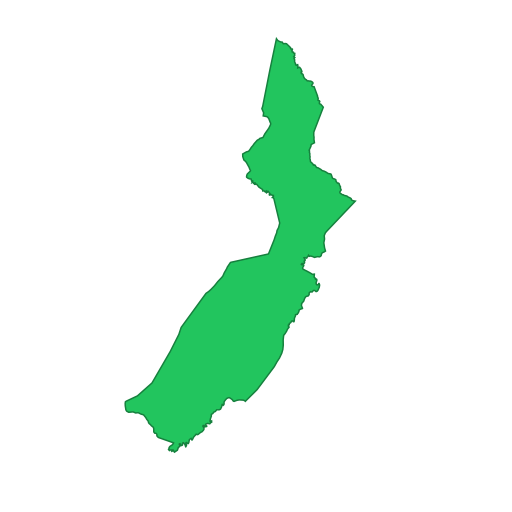 El Negrito, Yoro, Honduras, rotated 19°
{"feature_id": "27666195B11241379941292", "entity_name": "El Negrito", "entity_type": "district", "adm_level": 2, "iso_a3": "HND", "parent_name": "Honduras", "parent_adm1": "Yoro", "projection": "robinson", "projection_center": [-87.687, 15.452], "detail": "fine", "context": "isolated", "style": "filled", "palette": "green", "viewbox_px": 512, "rotation_deg": 19, "n_neighbors": 0, "source": "geoboundaries", "source_scale": "gbopen_adm2", "svg_char_len": 6081}
<svg xmlns="http://www.w3.org/2000/svg" viewBox="0 0 512 512"><g transform="rotate(19 256 256)"><path d="M204.6,43.9L208.6,75.9L213.6,112.2L213.6,114.8L216.6,118.1L217.2,121.2L220.9,120.7L222.0,121.0L223.5,122.1L225.9,125.0L226.6,125.6L227.0,126.9L226.5,131.0L224.6,137.6L224.0,141.7L221.4,143.5L221.1,144.0L220.9,144.7L220.5,145.0L219.5,146.1L217.7,150.4L217.1,152.7L216.2,154.8L215.6,157.4L214.9,159.4L213.0,160.7L210.2,163.9L211.1,166.3L213.0,168.8L213.5,169.3L215.0,169.8L216.5,170.7L220.9,174.7L221.5,175.6L223.0,177.0L223.0,177.5L221.1,181.3L221.0,182.7L221.3,184.3L221.6,184.6L223.1,185.1L224.7,185.2L226.3,184.8L227.4,186.5L228.2,186.0L228.5,186.1L228.4,187.8L229.0,187.2L230.1,188.1L230.6,188.1L230.8,187.9L230.6,187.6L230.7,187.4L231.5,187.2L231.7,187.4L231.1,188.3L231.3,188.7L233.4,188.0L236.3,189.9L240.5,191.0L241.2,192.3L242.6,191.8L243.4,192.3L244.8,192.5L244.3,191.6L244.5,191.1L245.2,191.5L245.5,192.6L246.1,191.9L245.9,191.1L246.2,190.8L248.3,192.0L248.5,193.4L248.9,194.0L249.3,193.9L249.1,192.9L249.2,192.7L251.1,193.3L252.6,193.1L252.5,193.7L253.1,194.1L252.5,195.4L253.5,195.3L254.2,195.9L267.7,217.1L268.1,221.8L267.6,225.0L268.0,227.4L267.8,231.0L267.9,234.7L267.2,248.8L267.0,250.1L234.2,270.2L233.9,270.6L232.5,275.8L232.4,277.5L231.5,282.1L231.2,285.7L230.6,287.4L228.2,292.7L226.4,297.8L224.3,302.3L222.8,305.0L220.9,307.6L208.5,347.9L208.6,355.2L206.0,374.3L199.0,409.9L189.4,426.9L180.8,435.3L180.0,436.3L180.3,438.0L181.2,440.3L183.0,443.7L183.8,444.5L184.5,444.9L186.5,445.2L190.6,443.4L193.2,443.6L195.7,442.5L198.5,442.9L201.4,442.8L204.3,444.6L206.0,446.1L207.6,447.0L208.8,448.7L209.9,449.4L211.0,449.7L212.2,450.5L214.7,451.4L215.6,452.7L216.6,455.6L217.9,456.5L219.1,456.2L219.7,456.4L220.6,457.3L220.8,458.3L222.3,459.2L223.2,459.4L238.9,459.5L238.9,460.1L238.3,461.9L236.7,463.9L236.2,465.3L236.5,466.3L236.2,467.3L237.3,468.1L237.7,468.1L237.7,467.8L237.9,467.4L239.7,466.8L240.0,468.0L240.5,467.6L240.4,466.6L240.7,466.4L241.3,466.7L242.2,467.7L242.8,468.0L244.9,465.2L244.9,462.3L245.9,460.9L245.9,460.6L245.5,459.8L244.7,458.9L244.7,458.6L245.3,458.2L247.0,459.6L247.4,459.4L247.9,458.9L248.0,458.4L247.5,456.9L247.8,456.3L248.2,456.1L250.2,457.4L251.4,459.0L251.7,459.2L251.9,458.3L251.9,457.5L250.7,455.9L250.6,455.2L251.1,454.9L252.6,455.6L253.0,455.4L253.2,454.4L252.8,451.3L254.0,449.6L255.2,450.8L255.6,450.6L256.0,447.4L257.0,445.1L257.3,444.1L257.6,443.9L258.5,444.1L259.3,443.6L261.0,440.9L262.2,439.7L263.0,437.8L263.2,436.9L262.9,435.9L262.7,435.4L261.3,434.4L261.2,433.5L261.9,433.2L263.4,434.1L264.8,433.3L264.9,433.0L264.8,432.8L263.3,432.2L263.2,431.7L263.4,431.1L264.8,430.0L266.9,429.7L267.4,428.4L268.2,427.5L267.7,426.4L266.8,427.4L266.5,427.4L266.2,427.0L265.9,424.8L265.9,421.8L265.4,420.7L265.4,420.2L266.4,419.1L266.9,417.4L268.2,416.2L268.9,414.2L271.3,413.4L272.3,412.3L272.6,409.8L272.3,407.4L272.8,407.2L273.6,407.8L273.9,407.3L274.0,406.4L273.4,404.7L273.4,403.8L274.0,401.9L274.8,400.1L276.2,398.9L277.1,398.6L280.3,399.5L281.8,400.6L282.6,400.6L284.9,398.7L287.0,397.5L291.0,396.4L292.4,396.5L293.2,396.9L300.5,382.1L309.3,354.7L310.3,349.1L311.4,344.9L312.0,339.4L311.8,335.7L310.8,331.4L309.0,326.5L308.0,322.0L308.7,320.1L309.4,317.2L309.6,314.9L310.4,312.6L309.6,312.1L309.5,311.8L309.7,311.6L309.2,311.2L309.1,310.6L309.8,310.1L309.5,309.0L310.4,307.9L311.1,305.7L312.0,305.4L312.7,306.0L313.3,305.7L313.2,304.5L312.6,302.3L312.8,299.8L312.5,298.6L314.0,297.7L314.0,297.2L314.5,296.0L314.6,294.4L314.4,292.9L315.7,291.5L316.7,290.9L317.0,290.3L315.1,288.1L314.8,286.5L314.6,286.2L315.8,283.2L315.8,280.4L316.2,278.5L316.8,277.8L318.4,276.7L318.8,275.2L318.3,273.6L319.1,272.1L320.7,271.8L321.5,270.0L322.1,269.6L322.8,269.5L324.4,270.1L325.2,269.5L325.7,268.4L326.0,265.0L325.6,262.7L324.6,261.5L324.3,261.6L324.1,262.8L323.7,263.2L322.8,263.4L322.1,262.9L321.5,261.8L321.5,259.4L321.1,258.4L320.7,258.1L319.9,258.7L319.1,257.6L317.8,257.0L317.1,254.1L316.8,254.1L316.1,254.8L315.2,254.9L312.4,254.3L305.2,253.2L304.3,252.8L303.9,251.8L304.3,249.8L304.2,249.2L303.6,249.0L301.9,249.4L301.5,249.1L301.9,248.1L303.8,247.5L304.1,246.8L304.0,246.2L303.2,245.2L303.8,244.4L303.8,243.7L302.0,242.0L302.5,241.7L304.6,241.5L304.8,240.3L305.4,239.3L305.4,238.2L306.6,238.9L307.8,238.2L310.2,238.1L311.7,238.3L314.3,236.6L316.4,236.1L317.1,235.3L317.5,234.4L317.3,232.5L317.4,231.9L317.9,231.1L319.4,229.7L320.1,228.7L318.2,226.0L315.8,221.4L315.3,217.7L313.9,214.6L314.0,211.8L314.6,210.0L332.0,171.8L330.0,172.1L328.5,172.0L328.0,171.8L327.3,170.8L326.5,170.5L323.8,170.2L322.4,169.7L319.6,170.0L318.8,169.7L317.6,169.9L315.0,169.1L314.6,168.7L314.4,168.1L315.0,165.8L313.7,164.4L313.3,163.0L312.0,161.9L311.1,160.6L310.3,160.2L309.6,160.6L309.2,160.5L307.3,159.3L306.8,158.1L306.4,157.8L305.0,157.6L303.9,157.7L302.9,157.4L300.8,154.7L300.1,154.1L296.9,154.5L295.7,154.0L293.0,153.6L290.7,153.7L289.0,153.0L285.8,152.4L284.4,152.6L282.3,150.9L281.7,150.9L281.5,151.2L281.1,151.0L280.8,151.2L280.7,150.8L279.6,150.5L278.6,149.8L276.8,149.1L276.0,147.4L275.0,146.0L274.9,144.7L274.2,143.6L273.5,141.5L272.7,140.5L272.4,139.2L271.8,138.7L272.2,134.5L271.9,132.6L274.4,129.9L272.8,126.8L272.2,124.8L271.3,123.1L270.3,120.0L271.2,93.4L267.8,91.4L266.6,91.4L266.3,91.2L266.0,90.5L266.0,89.1L265.4,88.6L264.3,88.7L263.9,88.5L263.4,86.5L262.2,85.3L262.2,84.8L255.8,77.0L255.0,77.3L253.5,77.1L253.2,76.8L253.1,76.5L253.2,75.5L253.7,74.5L253.5,73.8L253.1,73.4L252.4,73.1L250.8,72.8L249.9,73.2L249.1,73.2L247.4,73.7L246.3,73.0L245.6,72.9L244.2,72.4L242.8,71.2L241.4,69.1L240.6,68.7L239.7,68.8L239.3,68.5L238.8,67.4L239.4,67.1L239.3,66.5L237.4,64.4L235.8,63.4L235.2,63.6L234.2,64.6L233.7,62.6L233.1,61.5L232.7,61.7L232.1,62.5L231.2,62.3L230.7,61.2L229.6,60.2L229.1,59.4L228.7,57.9L227.6,56.9L228.1,55.7L226.8,55.3L227.3,53.5L226.8,52.7L226.7,51.8L225.5,51.9L225.0,51.1L224.2,51.3L223.7,51.2L223.4,50.2L222.9,49.8L223.2,48.9L223.0,48.5L221.4,48.8L221.0,48.4L220.9,47.8L215.8,45.4L214.7,45.5L212.7,46.4L211.1,45.2L209.8,45.6L206.9,45.3L206.0,44.9L204.6,43.9Z" fill="#22c55e" stroke="#15803d" stroke-width="1.5"/></g></svg>